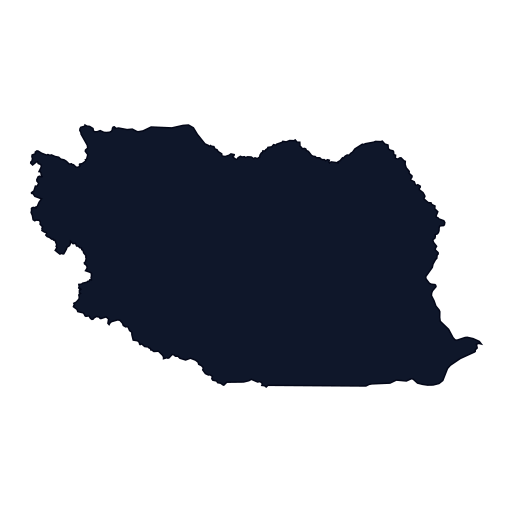 Lacar, Neuquén, Argentina (Equal Earth projection)
{"feature_id": "61730980B88853023630124", "entity_name": "Lacar", "entity_type": "district", "adm_level": 2, "iso_a3": "ARG", "parent_name": "Argentina", "parent_adm1": "Neuquén", "projection": "equal_earth", "projection_center": [-71.392, -40.311], "detail": "fine", "context": "isolated", "style": "filled", "palette": "ink", "viewbox_px": 512, "rotation_deg": 0, "n_neighbors": 0, "source": "geoboundaries", "source_scale": "gbopen_adm2", "svg_char_len": 5944}
<svg xmlns="http://www.w3.org/2000/svg" viewBox="0 0 512 512"><path d="M365.9,386.0L369.1,384.4L371.8,383.9L390.0,383.1L396.3,380.1L406.4,381.0L411.4,378.7L413.1,379.1L417.5,383.1L422.7,384.4L427.5,385.1L433.1,385.0L439.0,383.5L442.8,380.5L447.5,368.5L450.3,365.3L460.3,358.5L474.3,352.1L475.2,351.5L475.2,350.2L475.7,349.4L477.2,348.0L476.4,344.3L478.7,343.4L481.3,344.0L479.3,341.4L473.1,338.6L467.2,337.3L465.1,337.5L456.9,340.2L455.1,339.9L453.0,337.6L448.6,329.3L440.2,321.2L439.7,317.5L439.8,311.7L439.1,310.0L435.9,306.1L434.0,300.7L431.4,295.6L431.7,292.8L432.6,290.7L436.0,286.7L435.7,285.3L435.0,284.6L431.3,284.2L429.4,283.3L426.1,279.0L425.7,277.2L425.8,276.5L432.3,267.4L433.0,264.1L435.5,259.6L436.8,258.3L437.1,255.1L438.2,254.0L438.1,252.6L435.2,249.8L435.5,248.1L436.6,246.3L433.6,242.5L433.0,240.9L433.0,239.5L434.8,238.3L435.3,236.7L435.2,234.6L437.3,233.9L438.3,232.7L439.0,230.8L439.1,227.8L439.8,225.9L443.6,225.6L444.4,224.8L444.8,222.5L443.8,220.7L438.9,218.9L437.9,217.7L436.3,217.1L436.1,215.9L437.8,211.7L434.7,208.7L435.0,206.0L431.8,204.5L431.0,202.8L428.2,202.6L424.1,199.0L423.9,198.4L424.9,196.5L424.7,195.6L423.0,192.6L419.3,189.7L419.3,188.4L420.2,187.3L420.3,186.2L417.8,184.7L416.3,185.3L415.4,184.9L414.3,181.8L410.8,180.1L410.7,178.8L411.8,177.5L412.1,176.0L409.1,173.3L409.2,171.3L406.2,167.8L405.1,164.3L405.3,161.3L404.1,160.9L401.0,157.8L399.7,157.9L397.8,159.1L395.3,158.3L395.6,155.2L393.8,154.6L393.6,151.8L393.0,150.8L390.1,150.1L388.3,148.7L388.0,145.0L384.8,144.0L382.3,141.1L380.8,141.6L375.4,141.4L374.0,142.1L365.3,143.7L363.8,144.5L362.3,144.2L354.9,148.9L352.6,152.1L350.5,153.5L349.5,155.1L347.1,155.0L345.1,156.2L343.3,158.2L342.5,157.8L340.1,160.7L337.9,161.9L338.1,162.8L331.2,161.9L329.5,162.9L328.9,161.8L329.3,160.2L327.6,159.7L325.5,160.8L324.3,159.6L322.5,159.7L321.1,159.1L319.8,157.8L316.3,157.7L315.2,156.5L312.9,156.2L311.5,155.4L308.4,151.4L306.4,150.5L305.8,149.0L304.6,148.4L302.2,148.8L301.6,147.5L300.0,146.1L299.8,142.2L297.1,142.2L295.2,139.9L293.9,140.7L289.7,140.5L286.2,141.9L282.8,141.3L282.1,142.3L276.6,144.2L275.9,145.2L273.6,144.6L271.8,146.8L267.9,147.4L267.6,148.5L265.9,149.6L264.9,151.0L262.8,150.9L262.4,152.6L261.4,152.9L260.0,155.1L259.7,157.0L257.3,158.6L255.0,157.8L253.7,158.7L251.3,157.0L247.5,156.8L245.5,157.6L244.5,156.7L242.0,157.0L240.4,156.3L238.1,157.7L237.0,159.3L236.0,159.4L232.6,156.9L232.6,156.4L234.0,155.7L234.2,154.6L230.9,153.9L229.2,155.2L225.2,156.5L222.4,156.1L221.9,155.6L221.7,153.8L218.2,151.6L217.0,149.7L215.0,149.0L213.9,146.6L211.3,146.2L210.6,145.5L209.3,146.4L208.4,145.4L205.0,143.9L197.4,134.4L193.4,127.8L188.5,125.0L183.0,125.4L171.8,127.9L151.1,127.0L143.0,130.9L138.5,131.7L137.1,131.6L132.3,129.1L127.1,129.6L118.6,128.0L115.2,128.5L115.3,127.7L114.3,126.8L113.9,126.9L114.0,127.5L113.2,127.1L112.5,128.1L112.1,130.4L111.3,131.3L109.7,132.2L106.4,132.5L103.8,132.3L100.2,130.6L97.3,131.7L94.7,131.8L93.4,130.8L93.0,128.5L89.6,126.4L86.9,126.1L85.0,125.0L84.9,125.8L84.1,126.4L80.8,127.3L80.0,128.7L79.8,130.4L81.0,132.7L81.0,134.0L87.3,145.2L87.7,148.1L85.5,150.0L85.3,151.3L87.8,154.6L86.6,159.2L85.5,159.8L85.9,160.2L85.4,161.3L82.2,163.6L79.6,164.1L79.4,165.0L80.2,165.7L79.5,166.6L77.6,167.3L76.0,167.1L73.5,164.7L72.2,164.7L71.6,163.8L69.2,164.1L66.4,161.3L64.0,159.8L60.7,159.1L58.7,157.2L55.1,156.5L51.5,154.9L49.8,155.3L47.9,154.5L46.6,155.1L41.6,153.2L38.0,151.0L36.8,150.9L35.2,152.2L35.6,153.1L34.9,153.9L32.1,155.0L31.9,156.7L32.5,158.7L31.8,161.3L30.8,162.0L30.7,163.1L32.6,165.0L36.4,161.9L37.6,161.7L38.2,163.5L40.5,164.4L41.3,165.6L41.2,167.1L39.0,171.6L40.3,171.8L40.9,172.6L41.4,175.5L42.0,176.6L40.9,176.9L39.6,176.2L38.2,176.7L36.8,179.6L36.9,181.1L38.6,183.1L38.4,183.8L37.1,186.2L35.4,186.1L33.9,190.9L31.5,192.6L31.6,193.4L32.9,193.5L34.9,196.4L41.6,198.8L39.1,202.2L37.2,206.6L35.7,207.1L35.9,207.9L33.2,207.4L31.9,207.9L31.4,208.7L31.6,210.1L31.1,212.5L32.4,215.5L33.1,219.7L34.8,220.8L35.9,220.1L39.0,220.3L40.3,221.7L40.1,224.3L42.6,226.8L41.9,228.4L42.2,229.3L41.9,230.5L44.5,232.1L46.2,232.4L46.7,233.4L45.8,235.1L47.2,236.6L49.5,237.4L51.6,239.1L53.1,239.2L53.5,240.1L54.9,240.2L56.7,244.7L56.1,246.5L57.0,247.4L55.2,250.4L59.9,254.1L61.6,253.4L63.1,254.0L63.8,253.8L66.3,249.3L67.0,247.2L69.5,245.6L70.4,243.4L70.5,241.3L73.0,243.7L75.5,243.3L76.6,246.0L78.2,246.1L79.9,247.8L81.6,248.1L81.8,249.7L83.0,250.3L83.7,252.9L86.2,255.9L85.7,256.9L86.2,258.5L85.8,260.4L85.2,262.2L84.3,262.8L84.6,264.0L85.4,264.1L87.0,266.4L87.1,268.2L85.5,270.7L90.1,272.3L91.6,273.5L91.3,275.0L91.6,275.5L91.1,277.4L91.4,279.9L89.8,279.8L88.9,281.4L87.8,281.3L86.8,282.2L82.6,283.2L81.5,284.2L78.8,284.4L79.2,286.7L78.7,287.9L79.5,288.9L80.4,288.5L81.0,289.4L79.4,290.5L79.4,292.5L80.5,293.5L79.0,294.3L78.9,295.8L79.3,296.8L79.0,299.0L76.3,302.1L73.8,303.3L74.6,305.0L73.9,305.3L73.4,306.7L77.0,309.4L77.8,311.6L83.0,312.8L83.9,313.5L85.1,315.9L85.9,316.3L89.0,315.9L90.5,318.4L91.9,319.4L93.0,319.2L94.2,317.8L96.4,316.5L99.2,317.1L100.1,318.4L100.9,318.6L106.1,316.9L108.6,319.0L107.9,323.3L109.1,324.6L109.8,323.2L111.4,321.7L117.7,319.9L119.9,320.3L122.5,323.2L123.3,325.5L125.7,326.9L127.0,326.6L128.1,327.1L129.6,330.6L131.8,332.2L131.9,334.8L133.2,340.1L137.6,340.8L139.3,342.4L139.6,344.1L140.1,344.6L141.7,343.9L144.6,346.5L148.2,347.0L149.1,348.0L150.4,348.4L150.9,350.0L151.6,349.9L153.9,351.5L158.5,351.2L162.7,355.4L163.5,357.0L163.5,358.7L166.9,357.7L167.9,358.2L169.1,357.8L172.2,354.4L174.4,355.1L175.3,356.2L178.1,356.3L179.8,358.2L185.6,360.0L190.4,358.2L195.6,360.2L198.1,362.2L198.7,364.3L201.4,365.6L203.1,367.5L203.2,368.4L202.7,369.9L205.4,373.6L208.4,375.0L210.1,374.8L212.4,376.4L211.8,378.7L212.8,380.2L216.6,381.0L217.7,382.7L220.6,383.2L223.3,385.1L223.9,385.1L226.8,382.2L243.6,382.0L248.9,380.7L251.3,379.3L257.6,382.0L259.7,381.6L260.9,382.1L262.4,383.7L261.8,385.4L264.5,385.7L266.2,387.0L267.9,385.3L365.9,386.0Z" fill="#0f172a" stroke="#020617" stroke-width="1.5"/></svg>